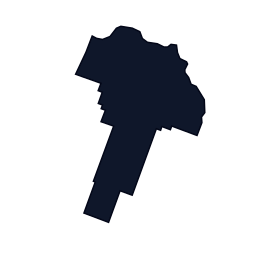 Garfield, Washington, United States of America (Natural Earth projection), rotated 20°
{"feature_id": "52423323B83834618329235", "entity_name": "Garfield", "entity_type": "district", "adm_level": 2, "iso_a3": "USA", "parent_name": "United States of America", "parent_adm1": "Washington", "projection": "natural_earth1", "projection_center": [-117.541, 46.35], "detail": "fine", "context": "isolated", "style": "filled", "palette": "ink", "viewbox_px": 256, "rotation_deg": 20, "n_neighbors": 0, "source": "geoboundaries", "source_scale": "gbopen_adm2", "svg_char_len": 772}
<svg xmlns="http://www.w3.org/2000/svg" viewBox="0 0 256 256"><g transform="rotate(20 128 128)"><path d="M115.7,223.0L115.8,223.0L136.7,223.2L142.0,223.3L142.0,189.7L154.9,189.7L154.9,119.0L159.4,119.0L159.3,115.0L168.4,115.1L168.4,111.2L195.4,111.4L195.6,97.7L193.3,92.5L194.9,87.3L190.0,75.3L177.8,65.6L172.3,65.3L167.7,59.8L162.6,56.5L161.4,53.7L162.1,47.5L160.4,45.8L153.0,45.0L148.7,40.2L145.2,33.5L139.8,34.7L137.6,38.3L134.1,39.6L126.7,38.8L116.9,40.8L110.9,39.0L106.2,33.5L97.9,32.7L86.5,34.9L83.0,38.2L79.8,48.2L73.8,53.5L67.8,54.5L62.9,53.8L62.6,71.2L60.4,95.4L87.3,95.2L87.2,103.1L91.6,103.2L91.7,115.1L96.2,115.1L96.2,119.0L100.7,119.0L100.5,131.3L113.9,131.1L113.7,189.9L115.7,189.9L115.7,223.0Z" fill="#0f172a" stroke="#020617" stroke-width="1.5"/></g></svg>